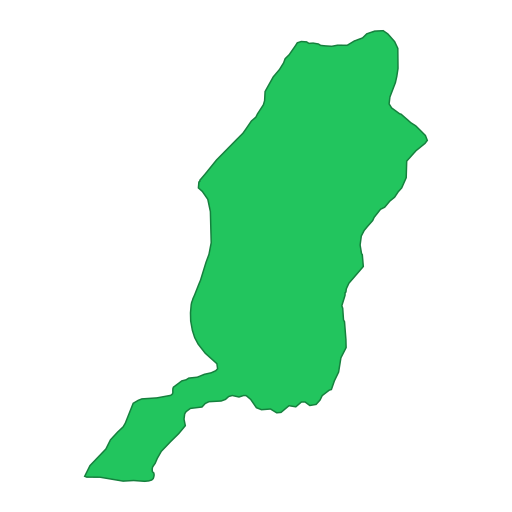 Santa Catarina Ixtahuacán, Sololá, Guatemala
{"feature_id": "79465075B97067153005308", "entity_name": "Santa Catarina Ixtahuacán", "entity_type": "district", "adm_level": 2, "iso_a3": "GTM", "parent_name": "Guatemala", "parent_adm1": "Sololá", "projection": "mercator", "projection_center": [-91.393, 14.713], "detail": "fine", "context": "isolated", "style": "filled", "palette": "green", "viewbox_px": 512, "rotation_deg": 0, "n_neighbors": 0, "source": "geoboundaries", "source_scale": "gbopen_adm2", "svg_char_len": 2331}
<svg xmlns="http://www.w3.org/2000/svg" viewBox="0 0 512 512"><path d="M331.4,389.5L334.4,380.8L338.6,372.1L340.9,357.8L346.1,347.6L345.9,339.5L344.5,321.7L343.5,319.9L342.7,308.2L341.8,305.8L345.0,295.4L345.1,292.7L345.9,292.0L346.3,288.8L348.9,283.2L357.8,272.9L363.3,266.5L362.3,254.7L361.5,253.5L360.1,245.0L361.3,236.0L364.2,230.4L367.6,226.3L372.7,220.5L374.1,217.4L380.5,209.3L384.7,207.2L389.8,201.1L394.6,197.2L398.2,191.8L401.7,187.9L406.2,177.7L406.7,161.1L416.1,150.6L425.0,143.4L427.3,140.4L425.4,135.5L415.9,126.0L410.8,122.7L401.1,114.2L399.6,113.8L391.6,107.9L389.1,103.9L389.9,97.0L395.4,82.6L396.8,76.3L398.0,68.4L397.8,48.4L394.6,41.6L387.9,34.0L383.2,30.7L374.7,31.1L366.8,33.8L362.6,37.9L354.3,41.0L347.2,45.3L337.6,45.2L331.8,46.3L325.4,45.9L320.6,45.4L318.4,44.0L313.1,43.1L308.9,43.4L306.6,41.9L301.3,41.5L297.3,42.8L295.4,45.8L289.2,54.7L285.2,58.6L283.6,62.9L279.5,69.5L273.3,76.8L265.1,91.5L264.6,100.7L263.4,104.8L257.5,113.9L255.9,117.1L251.4,121.0L246.5,128.2L242.9,133.3L237.0,139.2L216.6,159.9L204.7,174.6L199.9,180.2L199.9,181.2L198.9,182.0L198.4,187.9L202.4,191.5L207.8,199.3L210.4,211.6L211.2,242.8L209.0,254.3L206.1,262.1L200.5,280.3L199.1,283.6L198.5,285.1L197.6,287.4L194.6,295.0L192.9,298.8L192.5,300.3L191.7,302.3L191.2,304.7L190.5,312.8L190.7,321.0L192.4,330.4L194.7,337.6L198.2,344.2L205.3,353.3L216.9,363.7L217.6,368.8L215.8,370.7L211.2,372.8L204.4,374.3L197.3,377.2L188.8,378.1L186.1,379.8L181.8,380.9L173.4,387.2L172.9,388.7L172.8,390.9L172.9,392.5L172.4,394.0L171.4,394.9L170.5,395.4L156.9,397.9L141.9,398.9L138.3,400.3L133.2,403.3L125.3,423.2L123.2,426.8L117.7,432.0L110.5,439.8L105.9,449.0L90.0,465.6L84.7,476.3L86.7,477.1L100.0,477.2L123.1,481.1L133.6,480.5L144.7,481.3L148.7,480.9L151.7,480.0L153.2,478.6L153.8,476.8L154.1,475.0L153.8,473.0L153.0,472.4L152.3,471.3L152.2,468.9L152.6,467.0L155.2,463.2L157.3,458.3L161.3,451.3L170.4,441.8L178.8,433.5L185.3,425.7L184.0,419.1L184.7,413.8L186.1,411.6L190.4,408.4L202.0,407.0L205.2,403.5L208.9,401.7L221.2,401.0L225.5,399.4L228.7,396.5L232.3,395.5L239.0,397.0L243.6,395.5L246.2,395.6L250.7,399.4L256.4,407.7L261.5,409.7L270.5,409.0L276.7,412.8L281.0,412.4L289.0,405.7L295.8,406.8L301.4,402.0L305.1,402.0L309.8,405.5L316.1,404.4L320.0,400.1L322.2,395.6L329.3,390.1L331.4,389.5Z" fill="#22c55e" stroke="#15803d" stroke-width="1.5"/></svg>